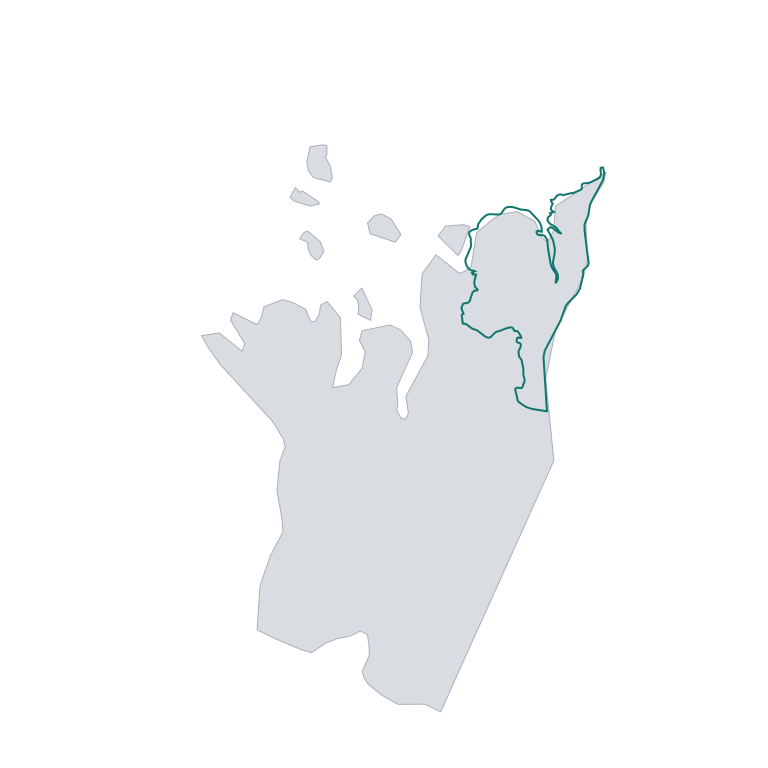 Cacheu highlighted on a map of Guinea-Bissau, rotated 114°
{"feature_id": "GNB-771", "entity_name": "Cacheu", "entity_type": "Region", "adm_level": 1, "iso_a3": "GNB", "parent_name": "Guinea-Bissau", "parent_adm1": "", "projection": "robinson", "projection_center": [-16.012, 12.221], "detail": "fine", "context": "in_parent", "style": "outline", "palette": "teal", "viewbox_px": 768, "rotation_deg": 114, "n_neighbors": 0, "source": "natural_earth", "source_scale": "10m", "svg_char_len": 5080}
<svg xmlns="http://www.w3.org/2000/svg" viewBox="0 0 768 768"><g transform="rotate(114 384 384)"><path d="M100.2,267.3L110.5,265.3L136.0,268.6L155.7,264.5L169.6,257.7L188.6,248.3L206.8,245.3L264.1,249.5L313.8,238.3L350.8,217.1L384.9,197.7L429.1,197.9L476.5,198.1L543.9,198.4L597.4,198.7L660.4,198.9L659.8,216.3L670.9,240.8L669.3,259.0L664.6,276.3L660.4,283.2L654.8,287.1L638.0,287.0L630.8,290.4L619.6,297.2L619.3,305.1L628.3,312.7L635.7,323.3L644.3,331.6L659.0,341.2L660.4,351.9L660.9,378.8L660.2,399.9L618.7,415.2L587.0,417.9L560.0,416.2L548.3,422.6L524.9,438.4L496.3,447.9L481.6,448.6L474.6,454.3L463.5,470.7L432.5,542.1L422.3,559.2L414.0,570.3L404.4,555.2L411.8,527.1L403.8,527.5L388.0,550.2L380.3,550.9L381.3,524.0L372.5,523.1L362.3,525.0L348.1,511.0L346.7,500.5L347.8,485.9L356.5,476.5L355.3,472.6L346.9,471.5L337.6,474.0L331.8,469.6L341.3,450.7L374.5,434.7L391.2,433.1L408.3,429.5L398.9,415.8L378.6,410.4L362.4,414.2L354.3,424.1L344.3,425.7L327.6,402.5L327.9,390.8L334.1,377.0L343.7,370.8L382.3,371.0L396.9,363.2L402.8,361.7L408.3,354.7L407.2,349.9L400.9,349.7L386.5,358.9L340.2,355.4L325.4,361.0L299.6,382.2L267.9,394.0L244.9,389.0L252.2,360.5L248.9,356.6L241.7,352.0L207.9,361.0L182.4,348.0L172.3,332.3L174.0,312.5L186.1,299.2L188.0,292.5L175.2,291.3L151.8,299.6L100.2,267.3ZM212.4,544.8L197.3,548.0L190.5,537.3L189.4,533.2L197.3,529.6L200.8,529.5L206.8,521.8L214.2,516.6L217.5,514.9L221.3,515.3L224.0,532.3L220.3,539.5L212.4,544.8ZM252.4,457.7L243.6,464.5L234.4,461.3L229.6,455.3L230.3,444.6L240.6,429.4L249.8,431.3L252.4,457.7ZM236.5,368.6L226.7,394.8L214.7,391.9L206.2,376.3L205.3,369.7L229.8,367.6L236.5,368.6ZM285.6,511.4L285.6,520.1L277.7,518.5L275.3,515.8L280.1,500.0L287.1,492.9L295.6,494.0L298.2,496.2L296.5,502.3L292.8,507.3L285.6,511.4ZM317.9,442.5L316.1,447.5L305.4,443.2L321.1,425.2L331.2,422.1L330.9,435.9L323.0,438.9L317.9,442.5ZM253.5,539.9L251.8,545.8L240.7,544.9L243.2,538.9L240.8,537.1L244.0,519.0L245.6,516.2L251.0,523.0L251.7,525.7L253.5,539.9Z" fill="#d9dde1" stroke="#a8b0b8" stroke-width="1"/><path d="M288.1,250.7L294.6,249.2L342.0,224.4L342.5,224.0L343.0,225.2L346.5,238.3L347.1,243.2L347.0,246.1L346.6,249.1L345.5,253.9L344.6,255.2L343.6,256.1L342.7,256.5L336.4,261.4L335.3,261.9L334.3,261.9L333.5,261.3L333.0,260.5L332.0,257.0L331.2,256.4L330.1,256.3L329.0,256.3L328.2,256.6L327.6,256.7L326.7,256.7L325.8,256.5L324.3,256.7L322.5,257.5L319.0,260.3L317.1,261.3L313.5,262.8L306.3,267.9L305.4,269.3L304.3,271.2L303.4,272.2L299.7,274.3L298.6,274.5L295.1,274.3L293.7,274.5L292.0,275.3L291.4,276.3L291.5,277.3L291.7,278.4L291.5,279.8L290.8,280.4L289.7,280.8L288.5,280.9L287.6,280.9L286.9,280.4L286.6,278.4L286.0,277.4L285.0,278.0L283.9,279.5L281.7,282.7L281.6,284.1L282.0,285.1L282.4,285.9L282.1,287.2L280.7,288.7L280.4,289.6L280.4,290.5L280.8,291.4L281.3,292.3L283.9,295.5L288.2,299.6L290.1,301.9L290.8,302.6L291.6,303.2L292.5,303.7L297.5,305.5L298.3,306.2L299.0,307.0L299.4,307.9L299.5,309.5L299.3,311.8L297.1,320.6L297.1,321.9L297.3,323.1L297.5,324.5L297.5,326.3L296.0,332.6L296.0,333.9L296.2,334.9L296.7,336.6L289.2,341.2L289.0,341.4L289.1,341.5L287.7,339.9L286.6,340.7L284.9,342.7L282.3,344.4L278.8,344.3L277.6,343.5L276.3,341.0L274.9,339.9L273.2,339.4L272.5,339.4L271.7,339.7L264.5,340.3L262.1,339.6L260.8,337.0L259.5,337.0L258.2,340.5L254.7,342.8L250.4,343.9L246.6,344.3L247.0,345.8L247.3,346.5L247.8,347.4L247.2,347.6L246.8,347.5L246.5,347.8L246.6,348.7L245.0,347.8L244.0,346.8L244.0,347.8L244.7,350.7L244.3,353.4L242.7,356.1L240.0,358.9L237.4,360.2L223.5,360.4L221.6,361.1L217.9,363.0L216.4,363.5L215.4,364.2L214.2,365.7L212.6,367.2L210.5,367.8L208.7,367.1L207.0,365.6L204.1,361.9L199.5,363.0L193.5,361.8L188.2,359.3L186.0,356.8L182.2,347.4L180.4,346.2L175.3,345.3L173.2,344.3L171.6,342.3L170.4,339.7L169.7,336.6L169.0,330.1L167.2,324.6L166.8,321.6L171.9,309.2L173.9,306.5L176.0,304.5L178.4,302.9L180.8,301.8L180.9,304.3L181.8,306.2L183.2,306.6L184.9,304.7L185.0,302.9L183.4,299.7L183.4,297.4L185.6,294.0L188.8,291.8L192.2,290.1L206.0,281.0L209.1,278.2L210.6,276.2L212.7,272.6L214.4,270.9L216.1,270.1L220.2,268.9L222.1,268.1L217.1,267.9L213.7,269.5L211.1,272.4L208.5,276.1L204.7,279.0L195.1,281.3L191.2,282.8L184.7,287.4L182.8,289.3L176.5,297.4L172.9,295.7L173.2,291.7L174.6,286.9L174.5,282.8L173.5,285.9L171.1,290.2L170.0,298.0L168.1,301.1L165.3,302.1L161.6,300.3L160.4,301.8L159.8,300.8L157.7,298.8L157.3,301.7L155.8,302.9L153.5,303.3L150.6,303.2L150.2,304.0L149.1,305.6L147.9,306.5L147.4,305.5L147.1,304.6L146.3,303.9L145.2,303.4L141.6,302.7L139.8,301.2L138.8,299.1L138.4,296.6L137.3,295.5L132.8,289.8L132.7,288.5L131.4,287.7L127.4,283.9L125.6,282.8L124.7,283.0L121.9,284.2L120.5,284.1L119.4,283.0L117.6,279.7L116.6,278.2L109.6,272.1L107.5,270.9L104.7,270.9L102.6,271.9L100.7,273.2L98.4,274.0L97.1,272.1L101.4,268.8L108.3,266.9L133.7,268.8L137.2,268.6L147.0,265.9L156.5,265.8L162.2,263.2L177.2,254.2L190.2,246.3L192.1,245.8L194.2,246.2L198.2,248.0L199.8,248.3L200.6,247.9L201.5,247.2L202.7,246.6L216.9,243.8L223.6,244.5L235.3,248.9L238.9,249.7L253.9,248.5L255.7,248.6L288.1,250.7Z" fill="none" stroke="#0f766e" stroke-width="2"/></g></svg>